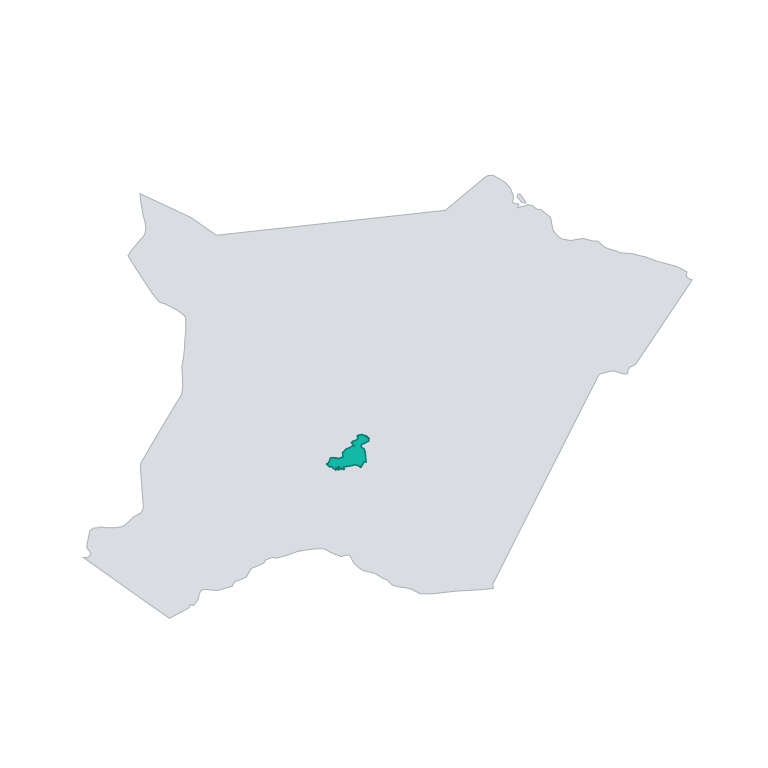 Samburu West, Rift Valley, Kenya shown in context, rotated 264°
{"feature_id": "3690345B66699120795125", "entity_name": "Samburu West", "entity_type": "district", "adm_level": 2, "iso_a3": "KEN", "parent_name": "Kenya", "parent_adm1": "Rift Valley", "projection": "natural_earth1", "projection_center": [36.61, 1.09], "detail": "fine", "context": "in_parent", "style": "filled", "palette": "teal", "viewbox_px": 768, "rotation_deg": 264, "n_neighbors": 0, "source": "geoboundaries", "source_scale": "gbopen_adm2", "svg_char_len": 7815}
<svg xmlns="http://www.w3.org/2000/svg" viewBox="0 0 768 768"><g transform="rotate(264 384 384)"><path d="M169.4,471.3L169.2,460.7L170.5,433.7L170.3,410.0L171.5,398.1L176.6,390.6L178.9,385.1L180.6,377.5L183.2,371.2L189.2,366.2L190.3,363.4L196.7,354.9L200.5,344.0L203.4,340.3L207.0,336.9L209.5,335.1L213.7,333.3L217.0,332.3L217.6,331.4L217.8,329.6L216.8,322.9L218.2,320.7L220.4,316.2L222.9,312.0L225.2,309.3L226.5,306.6L227.1,301.8L227.2,298.5L227.2,293.0L226.5,280.5L223.8,270.0L222.1,258.3L223.3,254.5L221.2,247.6L220.2,247.2L218.4,245.7L216.2,239.3L214.6,233.4L213.5,231.9L206.3,226.8L202.7,214.6L198.7,211.9L196.5,199.8L196.1,196.4L198.4,184.3L198.2,181.5L195.8,179.0L189.0,176.4L183.5,171.4L184.2,169.7L184.6,167.9L181.8,166.7L173.4,146.1L184.2,133.7L195.1,121.1L209.1,105.2L222.0,90.6L233.1,78.0L242.9,66.8L242.7,68.9L242.7,71.8L244.0,73.5L246.0,74.7L248.8,73.5L251.3,71.7L253.7,71.4L268.6,76.0L271.1,80.1L270.9,84.5L271.5,87.7L270.4,90.9L269.2,100.6L269.5,109.4L274.0,116.0L278.0,121.2L281.1,128.4L283.4,130.6L286.7,131.8L296.9,132.1L312.0,132.5L326.6,133.0L327.9,133.1L331.0,134.1L344.4,143.9L356.6,152.9L367.0,160.6L377.1,168.2L386.9,175.5L394.5,181.6L402.0,183.5L414.2,184.4L422.6,184.7L430.4,187.2L441.9,189.6L450.6,190.9L455.8,192.2L470.3,193.7L472.7,192.8L479.1,186.1L486.2,175.1L489.0,169.0L498.2,163.0L514.5,154.6L525.9,148.7L538.6,142.8L544.4,147.9L552.4,156.2L556.0,160.3L558.8,162.1L563.2,163.3L568.4,163.3L571.3,163.1L577.2,162.1L591.0,161.1L598.8,161.2L592.2,172.1L584.3,185.3L569.7,209.5L558.6,222.2L550.2,231.9L549.4,233.6L549.5,244.3L549.6,270.6L549.8,323.1L550.0,375.6L550.2,428.1L550.3,454.3L550.3,463.1L557.7,474.2L564.9,484.9L574.4,499.2L579.5,506.8L580.4,509.4L580.1,514.5L572.2,525.2L565.8,530.1L557.1,532.4L554.6,531.9L551.2,530.4L549.8,533.0L548.8,537.0L546.9,536.1L545.5,535.0L546.3,542.1L547.2,545.6L545.9,550.3L541.7,554.4L541.3,557.9L532.2,567.1L519.3,568.1L512.5,572.6L509.5,576.4L507.2,584.5L508.0,597.0L504.4,606.6L503.7,611.4L497.1,617.6L494.1,623.3L491.9,629.2L490.0,631.7L487.7,644.7L484.6,652.7L483.8,655.3L483.0,657.6L480.6,662.3L479.1,665.5L477.9,667.6L470.0,687.9L463.9,697.0L459.1,696.0L455.9,699.5L455.6,701.2L453.9,700.3L449.8,696.9L441.6,690.0L433.3,683.1L425.1,676.3L416.8,669.4L408.6,662.5L400.3,655.6L392.1,648.7L383.8,641.8L379.0,637.8L376.8,635.4L375.1,630.6L374.3,629.5L372.1,628.0L369.5,627.6L368.8,626.7L368.8,624.4L369.7,621.1L372.8,614.8L373.1,611.1L372.5,606.9L371.5,600.1L370.7,598.6L365.2,595.1L353.8,587.7L342.3,580.2L330.8,572.8L319.4,565.4L307.9,558.0L296.4,550.6L284.9,543.2L273.5,535.8L262.0,528.4L250.5,520.9L239.0,513.5L227.6,506.1L216.1,498.7L204.6,491.3L193.1,483.9L181.6,476.5L177.3,473.7L173.5,471.3L169.4,471.3ZM551.1,543.4L549.1,543.9L550.1,540.3L556.0,535.8L558.4,536.8L558.9,537.8L558.8,538.8L557.8,539.7L551.1,543.4Z" fill="#d9dde1" stroke="#a8b0b8" stroke-width="1"/><path d="M332.6,362.0L332.5,361.9L332.4,361.8L332.5,361.5L332.6,361.2L332.8,361.3L333.1,361.4L333.3,361.4L333.5,361.4L333.8,361.0L334.0,360.9L334.3,361.0L334.4,360.8L334.5,360.2L334.7,359.7L334.8,359.6L335.0,359.5L335.0,359.3L335.0,359.1L334.8,358.9L334.9,358.4L334.9,358.0L334.9,357.9L335.1,357.9L335.2,358.0L335.4,357.9L335.6,357.8L335.9,357.5L336.0,357.3L336.0,356.7L335.9,355.9L336.0,355.7L336.1,355.3L336.1,355.2L335.8,354.4L335.8,354.0L335.8,353.3L335.8,353.1L335.6,352.8L335.5,352.4L335.3,352.1L335.0,352.1L334.9,352.0L334.8,351.9L334.7,352.0L334.6,352.4L334.5,352.5L334.2,352.5L333.5,352.5L333.4,352.5L333.1,352.2L332.9,352.2L332.3,352.0L332.2,351.9L332.0,351.5L331.6,351.1L331.5,350.9L331.4,350.6L331.1,350.3L331.0,350.2L330.9,350.0L330.7,349.7L330.5,348.3L330.5,347.3L330.5,347.1L330.4,346.9L330.1,346.7L329.9,346.4L329.6,346.0L329.3,346.0L329.2,345.8L329.1,345.6L328.9,345.5L328.7,345.5L328.4,345.8L328.3,346.0L328.0,346.2L327.9,346.4L327.8,346.5L327.6,346.6L327.2,346.7L326.8,346.8L326.6,346.9L326.2,347.0L325.9,347.5L325.8,347.9L325.7,348.0L325.7,347.9L325.7,347.6L325.7,347.2L325.6,346.7L325.6,346.3L325.6,346.1L325.4,345.6L325.3,345.4L325.2,344.9L325.0,344.6L324.8,344.3L324.7,343.9L324.6,343.7L324.2,342.9L324.1,342.7L324.1,342.3L323.9,341.6L323.5,340.1L323.3,339.8L323.1,339.4L322.9,339.0L322.7,338.8L322.7,338.6L322.3,338.5L322.0,338.2L321.8,338.0L321.0,336.8L320.2,335.6L316.7,335.6L315.5,335.6L315.6,335.1L315.6,334.4L315.4,334.0L315.3,333.8L315.2,333.7L315.2,333.3L315.0,333.1L314.9,332.7L314.8,332.3L314.8,332.0L314.9,331.9L315.0,331.7L314.9,331.5L314.6,331.2L314.7,330.9L314.6,330.6L314.6,330.3L314.7,330.1L314.8,329.9L315.1,329.7L315.4,329.4L315.5,328.9L315.6,328.5L315.6,328.2L315.7,327.6L315.4,327.7L315.5,327.4L315.6,327.2L315.8,326.7L315.9,326.3L316.0,326.2L316.1,325.9L316.2,325.5L316.2,325.2L316.2,324.7L316.0,324.1L315.7,323.9L315.7,323.7L315.8,323.5L316.0,323.1L316.1,322.8L315.9,322.7L315.5,322.5L315.0,322.4L314.5,322.3L314.3,322.2L313.9,322.0L313.7,321.9L313.4,321.8L312.9,321.5L312.8,321.3L312.5,321.1L312.4,321.0L312.2,321.0L312.1,320.9L311.9,320.6L311.6,320.4L311.3,320.3L310.8,319.8L310.6,319.5L310.5,319.2L310.7,318.8L310.7,318.7L310.4,318.6L310.1,318.7L309.8,318.8L309.6,319.1L309.5,319.4L309.4,319.6L308.1,320.3L307.8,320.6L307.7,320.9L307.5,321.1L307.4,321.2L307.2,321.6L307.4,321.8L307.3,322.1L307.3,322.7L307.2,323.2L307.0,323.5L306.2,323.9L306.1,324.0L305.9,324.2L305.7,324.6L305.3,324.8L305.1,324.9L305.0,325.1L304.9,325.8L304.6,326.0L304.2,326.5L304.0,326.9L303.8,326.9L303.7,326.8L303.4,327.0L303.6,327.4L303.8,327.5L303.9,327.4L304.0,327.5L304.1,327.9L304.1,328.0L304.4,327.9L304.5,328.0L304.9,328.2L305.0,328.2L305.2,327.9L305.3,327.9L305.7,327.7L305.8,327.9L305.8,328.0L305.7,328.4L305.7,328.5L305.9,328.7L306.0,328.9L306.1,329.1L306.2,329.3L306.3,329.5L306.5,329.7L306.6,330.1L306.6,330.4L306.6,330.6L306.5,330.8L306.3,330.9L306.2,330.8L306.0,330.5L305.4,330.0L305.1,330.0L304.8,329.7L304.7,329.5L304.3,329.3L304.1,329.5L303.9,329.6L303.7,329.4L303.5,329.8L303.3,329.8L303.2,329.9L303.2,330.1L303.4,330.4L303.5,330.5L303.8,330.8L304.0,330.9L304.2,330.7L304.3,330.5L304.4,330.4L304.5,330.6L304.5,331.0L304.6,331.3L304.9,331.8L304.9,332.0L304.8,332.3L304.7,332.5L304.5,332.3L304.5,332.2L304.4,332.2L304.1,332.3L303.7,332.6L303.5,332.9L303.5,333.0L303.6,333.5L303.6,334.1L303.6,334.5L303.2,334.9L303.3,335.2L303.3,335.7L303.4,335.8L303.5,335.8L304.1,335.5L304.5,335.3L304.7,335.1L304.8,335.0L305.0,335.2L305.5,335.5L305.8,335.5L306.1,335.7L306.0,336.1L306.0,336.5L305.8,336.8L305.7,337.2L305.7,337.4L305.7,337.5L305.6,337.8L305.6,338.0L305.9,338.4L305.9,338.6L306.0,338.8L306.2,339.4L306.2,339.6L306.0,340.1L305.9,340.3L305.9,341.0L305.9,341.3L306.1,341.9L306.1,342.1L306.1,342.4L306.1,342.8L306.2,343.1L306.1,343.8L306.1,344.0L306.3,344.4L306.4,344.9L306.5,345.2L306.6,345.5L306.6,345.8L306.5,346.6L306.2,347.7L306.0,348.4L305.5,349.6L305.1,350.3L304.8,350.7L303.5,352.0L303.5,352.4L303.6,352.5L303.9,352.8L304.3,352.8L304.6,352.8L304.7,352.7L304.8,352.7L305.0,352.9L305.1,353.0L305.2,353.6L305.5,353.9L305.7,354.1L305.9,354.3L306.2,354.5L306.3,354.6L306.8,354.6L307.0,354.7L307.2,354.8L307.3,355.0L307.6,355.1L307.7,355.3L307.9,355.5L308.2,355.7L308.3,355.7L308.6,356.0L308.6,356.3L308.5,356.6L308.4,356.9L308.4,357.4L308.3,357.6L308.2,357.9L308.2,358.1L308.3,358.1L309.1,358.1L318.6,358.2L318.7,357.9L318.8,358.0L318.9,357.9L319.1,357.8L319.3,357.7L320.0,357.7L320.6,357.9L321.8,357.3L322.0,357.2L323.0,355.3L324.3,354.8L324.9,354.7L326.3,355.6L326.3,356.4L327.1,358.1L327.2,358.9L327.2,359.0L327.6,359.3L327.6,359.6L327.8,360.2L328.0,360.7L328.5,361.9L328.6,362.3L328.7,362.7L328.8,362.9L329.3,363.0L329.4,362.9L329.9,363.1L330.0,363.1L330.1,362.9L330.3,362.8L330.5,362.8L330.8,362.8L331.1,362.9L331.1,363.0L331.1,363.4L331.3,363.5L331.5,363.5L331.6,363.4L331.7,363.0L331.8,362.9L332.0,362.8L332.2,362.7L332.3,362.7L332.4,362.3L332.5,362.0L332.6,362.0Z" fill="#14b8a6" stroke="#0f766e" stroke-width="1.5"/></g></svg>